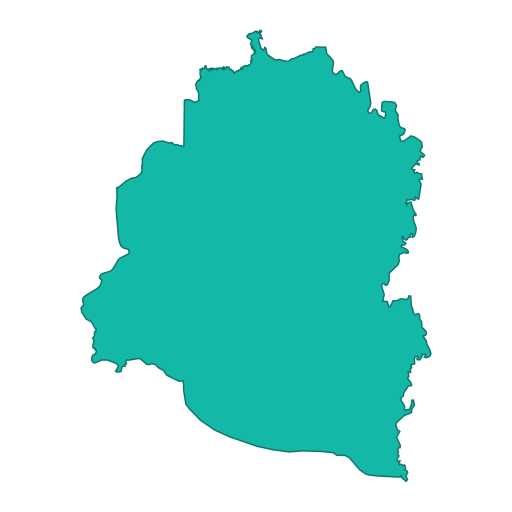 Sang Khom, Udon Thani, Thailand (Natural Earth projection)
{"feature_id": "78962969B36388809671077", "entity_name": "Sang Khom", "entity_type": "district", "adm_level": 2, "iso_a3": "THA", "parent_name": "Thailand", "parent_adm1": "Udon Thani", "projection": "natural_earth1", "projection_center": [103.083, 17.794], "detail": "fine", "context": "isolated", "style": "filled", "palette": "teal", "viewbox_px": 512, "rotation_deg": 0, "n_neighbors": 0, "source": "geoboundaries", "source_scale": "gbopen_adm2", "svg_char_len": 5949}
<svg xmlns="http://www.w3.org/2000/svg" viewBox="0 0 512 512"><path d="M421.1,184.1L419.2,180.3L419.5,179.1L422.4,179.1L421.5,173.9L419.1,173.7L417.2,172.3L414.3,173.2L413.8,172.2L414.7,169.7L412.3,169.3L411.6,168.1L415.7,163.9L419.1,164.9L419.2,163.9L417.3,162.2L417.2,160.7L419.8,159.9L420.6,156.2L422.9,157.4L424.5,155.7L424.4,155.0L419.9,151.1L422.3,146.7L421.7,142.7L420.5,141.0L414.8,137.2L411.0,135.9L403.8,141.1L400.8,140.9L399.4,136.2L403.2,134.4L404.5,132.4L405.1,129.6L404.3,128.7L401.0,127.6L399.3,125.6L397.9,118.4L398.0,114.7L395.2,110.4L396.5,105.4L394.7,102.6L391.3,101.8L384.1,101.5L382.1,102.5L381.5,110.5L382.5,111.6L384.8,111.7L385.7,113.2L385.2,117.2L384.4,118.2L378.6,115.0L377.6,113.6L377.0,110.7L375.4,109.2L373.4,109.4L371.2,113.0L369.2,113.3L367.9,111.2L367.9,110.1L370.0,106.7L370.8,103.0L367.6,82.3L366.5,81.7L364.9,82.1L361.2,84.7L360.5,86.2L360.7,91.4L359.0,92.2L355.7,89.2L351.4,79.9L350.0,78.6L345.2,76.5L342.2,70.6L340.3,70.9L336.4,74.5L334.1,74.1L332.6,71.9L332.3,70.1L333.5,63.3L333.2,61.2L330.8,57.7L326.8,53.8L325.7,47.2L315.8,47.0L314.7,48.6L313.2,48.7L312.9,51.5L307.9,52.4L306.0,54.0L303.7,54.1L303.5,55.0L301.3,55.0L294.4,58.4L291.6,58.9L288.7,61.1L285.6,61.3L279.3,59.5L275.5,60.1L267.1,54.5L265.8,48.3L264.9,47.4L263.7,50.3L261.0,48.1L259.0,42.0L258.5,38.7L259.2,38.1L262.3,38.8L260.8,34.8L259.7,34.0L261.6,31.4L261.4,30.8L260.1,31.9L259.8,30.7L258.2,32.9L257.0,32.5L257.3,31.5L255.6,31.2L253.1,32.9L248.9,33.9L248.9,34.9L247.0,35.4L247.2,37.3L251.9,40.3L250.4,44.1L251.5,45.1L251.4,46.3L252.7,46.2L251.7,47.6L252.2,48.6L252.6,48.9L253.0,47.9L253.6,49.6L255.1,49.7L255.2,50.5L254.3,50.9L254.8,51.6L254.2,52.1L255.3,53.0L251.5,55.6L251.3,58.9L251.9,59.0L252.1,60.8L250.6,61.0L251.1,63.1L249.4,65.5L248.6,65.0L246.8,66.2L245.9,65.5L244.9,65.7L242.8,66.8L242.6,69.0L241.0,67.7L240.6,69.6L239.2,69.8L238.4,71.0L237.2,70.8L233.9,73.2L233.0,70.8L232.1,70.9L231.5,69.6L229.5,69.0L229.0,67.3L226.6,66.8L226.5,67.8L224.4,69.6L223.0,69.3L224.6,67.6L223.7,66.8L223.0,67.8L221.2,68.2L218.6,68.0L217.2,69.3L217.3,68.5L216.0,68.3L214.7,69.2L213.4,68.5L213.4,69.3L212.8,69.5L212.0,68.4L211.0,70.1L210.6,69.7L211.2,69.0L210.7,68.4L208.9,69.0L208.6,70.5L206.0,67.6L206.1,66.1L205.3,65.7L204.1,68.6L202.6,68.2L202.3,69.4L201.3,68.8L199.8,69.7L200.8,71.0L200.1,71.8L200.1,74.9L201.3,77.7L200.5,77.9L198.9,80.7L198.4,80.3L197.6,80.9L198.1,81.4L196.7,82.3L195.5,84.9L196.5,86.3L196.3,88.4L198.1,91.4L198.8,94.2L198.5,98.6L199.1,100.6L194.8,102.4L190.1,100.0L187.1,99.6L184.4,100.2L183.9,146.1L181.7,146.4L181.3,145.6L180.4,145.9L177.0,144.6L175.6,145.1L172.8,143.7L172.4,142.7L170.9,142.5L169.9,143.3L162.8,141.0L157.3,141.6L153.5,143.0L146.7,150.0L142.4,158.3L142.4,165.1L141.7,165.8L142.1,170.7L140.9,173.5L136.1,177.4L131.6,178.2L126.4,180.9L118.3,187.5L116.8,187.7L117.0,197.1L116.1,209.0L118.6,238.3L119.6,242.7L121.3,246.3L124.0,248.3L128.1,249.1L129.4,252.7L128.4,254.0L119.8,258.2L118.2,259.9L113.3,268.3L110.8,271.0L101.4,273.9L99.5,276.7L99.9,278.4L101.9,280.1L100.7,284.7L98.9,287.1L95.4,289.7L85.7,295.5L83.2,297.7L82.6,300.5L83.7,304.8L81.1,307.8L81.8,312.1L86.2,319.1L91.5,321.8L95.1,328.4L96.3,329.4L95.9,330.6L94.5,331.9L94.4,336.2L92.6,338.0L93.5,339.3L93.9,341.7L92.7,346.3L93.4,348.1L94.8,347.8L94.7,348.7L95.6,349.2L95.2,349.9L96.1,350.3L96.4,351.3L95.5,353.8L92.9,355.2L91.6,358.0L91.9,360.6L93.3,362.6L95.1,362.9L101.5,360.1L107.1,360.0L116.1,363.3L118.3,365.5L118.2,366.8L115.6,371.2L117.3,372.1L121.0,371.5L121.9,367.4L122.7,366.3L125.0,366.3L124.7,364.7L126.5,363.9L125.8,361.3L127.0,359.8L128.2,360.2L138.8,358.5L140.5,358.9L146.7,364.3L149.3,364.6L151.6,363.6L155.5,364.7L158.5,367.7L163.7,370.6L166.6,375.1L178.8,381.2L183.0,380.9L183.6,384.5L183.6,390.1L185.9,404.2L189.4,408.8L200.3,420.1L214.6,430.0L230.1,437.0L256.8,446.2L272.7,449.7L289.2,451.9L303.6,450.8L323.5,451.6L333.1,452.7L336.7,455.2L345.3,455.5L349.3,457.6L359.6,469.7L365.6,473.9L368.5,474.9L378.3,476.0L400.2,477.1L401.2,475.7L402.4,478.4L406.2,481.3L407.5,479.4L405.8,476.4L407.7,472.4L406.6,470.5L404.5,469.4L405.5,467.8L405.0,465.6L404.2,464.9L402.7,465.5L400.9,464.1L399.4,464.6L398.9,463.0L400.0,461.0L397.8,460.9L397.1,460.2L397.8,457.5L399.0,455.9L397.6,454.1L398.4,452.1L397.5,449.5L398.8,447.6L400.0,447.7L400.4,445.6L396.5,437.2L399.8,431.5L397.2,429.5L395.8,424.7L396.4,422.7L404.0,415.7L411.5,412.6L411.6,409.5L414.4,405.1L413.5,400.3L412.4,399.9L411.8,400.7L411.5,404.1L409.5,409.4L405.3,410.0L404.4,408.9L404.6,405.9L400.7,399.7L401.3,397.7L403.1,396.3L404.1,392.3L408.0,386.6L409.5,385.5L411.1,385.9L411.7,385.0L410.7,382.4L407.5,378.3L408.8,376.3L408.1,372.1L410.5,372.4L410.3,368.7L411.7,367.7L410.6,365.0L414.7,363.8L414.3,358.8L415.1,356.7L418.0,356.3L418.4,357.2L417.1,358.5L417.1,359.6L419.9,359.9L422.1,356.0L421.9,353.9L423.5,354.6L425.6,354.4L425.9,355.4L424.3,356.9L426.0,357.7L428.7,357.0L430.3,355.4L430.9,353.5L429.7,349.5L426.8,344.2L426.3,340.9L423.3,336.4L423.5,335.7L425.5,335.3L426.2,334.1L426.3,331.7L421.9,327.2L421.5,321.6L419.6,319.0L419.7,315.0L418.1,313.5L414.7,314.8L413.3,312.4L412.8,309.1L411.3,305.9L410.7,296.2L409.0,295.8L407.8,298.8L406.6,299.5L400.7,298.8L397.3,300.6L393.2,300.6L390.3,306.3L388.9,307.0L387.3,301.6L382.7,301.2L384.2,294.5L381.5,285.9L381.9,284.4L383.8,283.5L385.9,285.4L387.4,284.6L389.1,280.3L389.1,273.2L398.0,264.8L399.4,260.6L398.8,258.2L399.3,254.7L403.7,252.4L406.8,253.3L408.4,252.7L408.1,250.9L406.6,249.3L401.3,246.8L401.6,245.3L404.5,244.9L405.8,243.5L405.1,242.4L403.0,241.5L401.8,237.0L403.1,236.6L404.4,239.4L406.1,240.1L407.3,239.4L408.1,237.6L410.1,237.3L410.0,235.0L410.9,233.6L412.5,233.6L412.0,236.4L412.4,237.4L414.4,236.1L415.7,232.5L416.3,228.3L413.4,220.0L413.3,216.2L413.9,215.2L415.7,215.6L416.2,214.9L413.4,210.3L410.9,202.0L407.5,203.0L406.9,205.0L405.9,203.4L407.2,199.6L408.6,200.1L411.3,199.3L414.4,200.4L415.1,199.6L414.5,197.5L415.5,196.9L417.2,198.7L418.7,199.1L421.1,184.1Z" fill="#14b8a6" stroke="#0f766e" stroke-width="1.5"/></svg>